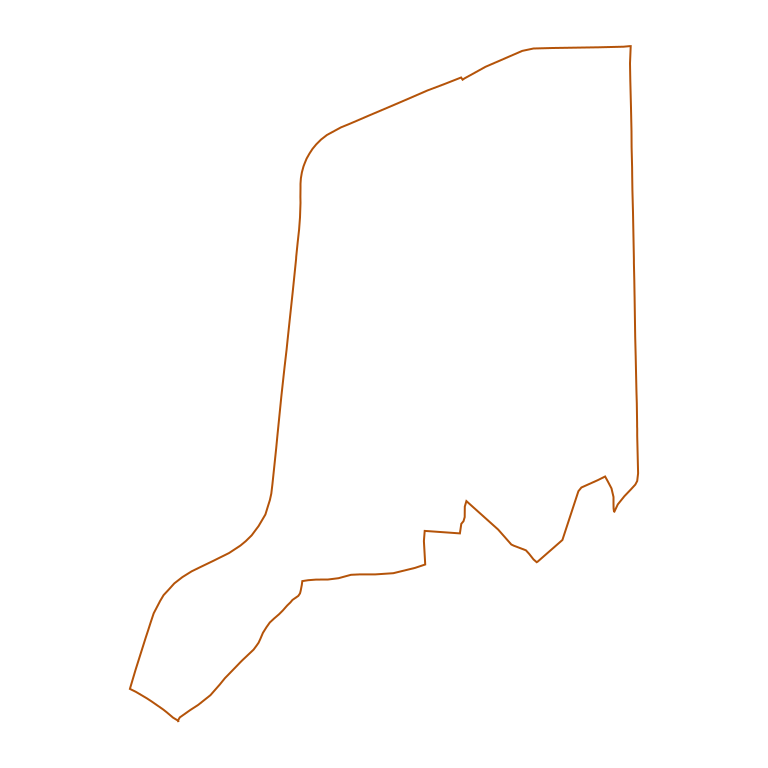 outline of Mushin, Lagos, Nigeria
{"feature_id": "59680162B75104511306168", "entity_name": "Mushin", "entity_type": "district", "adm_level": 2, "iso_a3": "NGA", "parent_name": "Nigeria", "parent_adm1": "Lagos", "projection": "mercator", "projection_center": [3.345, 6.529], "detail": "fine", "context": "isolated", "style": "outline", "palette": "amber", "viewbox_px": 768, "rotation_deg": 0, "n_neighbors": 0, "source": "geoboundaries", "source_scale": "gbopen_adm2", "svg_char_len": 2331}
<svg xmlns="http://www.w3.org/2000/svg" viewBox="0 0 768 768"><path d="M637.2,431.2L637.2,428.7L637.1,426.6L637.1,422.7L636.8,403.1L636.5,393.2L636.4,389.2L635.7,356.9L635.2,337.2L634.6,297.8L634.5,292.4L634.3,280.4L633.9,263.0L633.9,259.2L633.5,238.7L633.0,212.5L632.4,189.9L632.2,176.3L632.1,167.1L631.6,147.2L631.5,131.6L631.0,108.0L630.3,80.6L630.0,63.4L630.7,46.1L630.0,46.1L623.6,46.7L598.7,47.3L552.7,48.0L533.5,48.5L522.2,50.9L508.6,56.8L485.5,66.8L464.5,78.4L462.6,79.7L461.1,77.5L445.6,83.6L427.6,90.4L400.1,102.3L368.8,115.6L349.0,124.1L340.9,127.4L326.9,135.0L321.0,139.6L316.2,144.4L312.5,148.9L309.5,153.5L306.6,158.6L304.6,163.5L303.5,166.4L301.9,172.3L300.9,178.2L300.5,183.8L300.5,188.0L300.4,197.0L300.5,202.9L300.0,217.4L299.1,229.5L298.5,234.9L297.6,243.1L296.2,256.9L296.1,258.9L292.7,292.1L289.1,325.6L287.4,341.7L286.6,349.5L284.5,367.6L281.4,395.9L277.4,435.7L276.2,448.2L274.0,469.2L272.4,484.4L271.3,493.6L269.9,500.0L267.7,507.0L265.4,514.5L258.5,526.2L256.6,528.7L254.6,531.4L251.7,535.3L245.8,541.1L240.5,545.5L229.1,553.0L224.7,555.2L218.8,558.1L213.8,560.6L200.1,567.2L191.7,571.3L182.4,577.1L174.3,583.4L167.9,590.5L163.6,595.1L159.8,601.5L159.7,601.8L153.7,613.3L150.5,622.9L148.3,629.8L145.7,637.7L135.6,669.7L129.9,688.9L135.8,691.8L146.8,698.3L151.4,701.3L163.2,709.5L166.5,712.1L173.0,717.6L177.6,720.4L178.5,721.9L178.2,720.1L179.8,717.4L190.3,710.0L198.2,704.9L210.4,695.2L219.8,684.5L224.9,678.2L238.2,664.5L240.0,662.6L242.6,660.0L253.6,649.6L256.5,645.7L258.6,642.7L260.4,638.8L262.9,632.9L266.4,627.3L269.8,622.5L274.1,618.5L279.1,614.2L282.6,610.7L285.6,607.3L287.3,605.4L290.5,602.3L292.5,599.9L298.3,595.9L300.0,593.4L300.7,590.7L301.8,585.0L302.3,581.1L308.2,580.2L316.0,579.6L328.1,579.5L338.5,578.2L351.0,574.8L359.8,574.4L375.2,574.4L393.3,573.2L415.0,567.9L425.2,564.5L425.1,562.4L423.9,541.1L424.7,530.9L459.9,533.4L461.3,523.8L463.5,521.2L464.7,517.1L464.8,506.6L466.4,501.1L498.2,529.6L511.3,544.5L513.8,545.7L525.9,550.3L529.1,553.8L533.5,559.4L536.7,562.2L537.7,561.6L562.4,540.0L578.4,491.2L581.4,487.5L597.7,480.2L605.1,476.5L607.6,481.0L611.5,488.4L612.0,490.6L613.5,497.0L613.5,503.5L613.6,508.5L614.0,511.4L614.4,511.6L617.8,504.4L624.4,496.2L630.9,489.4L635.3,484.6L637.2,481.0L638.1,473.3L637.2,435.8L637.2,431.2Z" fill="none" stroke="#b45309" stroke-width="2"/></svg>